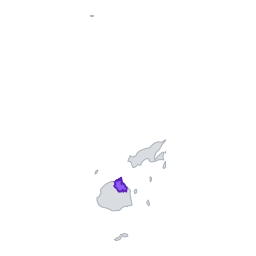 Ra, Western, Fiji shown in context
{"feature_id": "14151628B53541640625043", "entity_name": "Ra", "entity_type": "district", "adm_level": 2, "iso_a3": "FJI", "parent_name": "Fiji", "parent_adm1": "Western", "projection": "equal_earth", "projection_center": [178.211, -17.485], "detail": "fine", "context": "in_parent", "style": "filled", "palette": "violet", "viewbox_px": 256, "rotation_deg": 0, "n_neighbors": 0, "source": "geoboundaries", "source_scale": "gbopen_adm2", "svg_char_len": 5246}
<svg xmlns="http://www.w3.org/2000/svg" viewBox="0 0 256 256"><path d="M122.5,181.0L122.5,182.5L123.3,183.1L124.0,183.2L125.8,186.0L128.6,188.5L130.3,190.4L130.4,192.0L129.9,193.6L130.6,196.7L131.0,199.8L132.2,204.8L130.4,205.7L127.7,205.8L127.0,206.7L126.1,206.2L123.8,206.6L121.6,208.2L119.5,210.5L117.1,210.5L114.4,210.9L111.7,210.6L109.8,209.4L106.4,208.1L102.0,207.0L100.1,206.1L98.6,204.7L97.1,201.0L96.9,199.2L97.1,197.5L98.4,196.9L99.5,196.0L99.7,194.9L100.2,194.1L100.8,193.8L101.1,193.2L100.7,191.4L100.5,189.7L103.1,186.6L106.0,184.0L111.0,181.5L114.0,181.7L118.7,179.9L120.2,179.0L121.7,179.5L122.5,181.0ZM165.7,140.4L161.9,144.9L160.5,147.3L159.3,149.8L156.1,152.6L154.7,156.2L154.8,160.0L158.0,156.1L161.6,152.9L162.8,152.2L163.9,152.3L163.8,153.4L163.3,154.4L162.9,157.2L163.8,159.9L161.1,159.6L158.5,159.8L155.3,161.3L152.2,161.9L151.1,161.9L149.9,161.5L149.2,160.7L148.7,159.0L148.1,158.7L145.6,158.8L141.9,162.2L140.7,165.1L139.3,165.2L137.6,164.6L135.6,166.8L133.2,167.7L132.2,165.8L131.5,163.5L130.6,161.7L128.0,161.3L128.4,159.2L129.1,158.4L129.7,157.1L130.1,155.7L131.4,156.6L132.7,157.2L134.2,156.1L135.7,156.1L137.2,153.0L139.6,151.0L142.9,149.5L146.2,148.4L147.9,148.2L149.6,147.6L152.5,144.7L154.4,143.2L156.5,142.3L158.5,141.8L160.4,142.2L161.9,142.0L165.7,139.9L165.7,140.4ZM127.7,234.7L127.7,236.1L124.5,237.1L123.4,235.9L122.7,235.7L120.8,237.8L120.2,238.7L120.1,239.3L119.6,239.6L116.1,240.6L114.5,239.6L115.6,238.9L116.8,237.6L118.1,237.8L119.4,236.5L120.7,234.6L122.6,234.1L123.9,233.4L126.0,233.9L127.7,234.7ZM165.6,167.2L163.7,168.5L163.0,167.3L163.9,164.3L165.6,161.2L165.6,163.7L165.6,167.2ZM149.2,205.5L149.0,205.8L146.8,203.1L146.9,202.0L147.3,201.1L148.1,200.2L148.9,201.7L149.5,204.3L149.2,205.5ZM136.2,193.0L134.9,193.6L134.2,191.5L135.2,189.5L136.3,189.3L136.8,191.4L136.2,193.0ZM151.1,180.8L150.3,181.7L149.9,177.1L150.7,177.1L151.4,177.6L151.7,178.8L151.1,180.8ZM96.3,173.4L95.1,174.0L95.7,171.3L96.5,170.5L96.9,170.3L97.7,170.1L97.4,172.0L96.3,173.4ZM93.2,16.3L92.3,16.7L90.7,16.4L90.3,15.8L90.8,15.7L91.9,15.4L93.2,15.5L93.4,15.9L93.2,16.3ZM165.6,153.0L165.3,153.0L165.2,152.4L165.6,151.2L165.6,153.0Z" fill="#d9dde1" stroke="#a8b0b8" stroke-width="1"/><path d="M116.2,188.0L116.3,188.0L116.5,188.1L116.5,188.4L116.5,188.5L116.7,188.8L116.9,188.9L117.1,188.9L117.3,188.9L117.3,189.2L117.3,189.4L117.4,189.5L117.5,189.6L117.5,189.8L117.6,190.1L117.6,190.3L117.9,190.4L117.8,190.5L118.0,190.7L118.0,190.8L118.4,191.1L118.4,191.3L118.5,191.5L118.8,191.7L118.9,191.8L119.0,191.9L119.3,191.7L119.4,191.3L119.5,191.2L120.0,191.2L120.2,191.3L120.3,191.4L120.3,191.5L120.4,191.8L120.5,191.8L120.7,191.7L120.8,191.6L121.0,191.6L120.9,191.5L121.0,191.5L121.1,191.4L121.3,191.2L121.5,191.2L121.8,191.3L122.0,191.2L122.3,191.0L122.4,190.9L122.5,190.8L122.5,190.7L122.5,190.4L122.4,190.4L122.5,190.2L122.4,190.1L122.4,189.9L122.4,189.7L122.6,189.7L122.6,189.8L122.8,189.9L122.8,190.0L123.0,190.4L123.1,190.5L123.3,190.7L123.3,190.8L123.5,190.8L123.7,191.2L123.8,191.1L123.8,191.4L124.0,191.2L124.2,190.9L124.3,190.7L124.5,190.8L124.5,190.7L124.8,190.7L124.9,190.9L125.0,191.0L125.4,191.1L125.6,191.2L125.6,191.3L125.8,191.5L126.0,191.4L126.2,191.5L126.2,191.4L126.3,191.4L126.4,191.2L126.5,191.1L126.4,190.9L126.2,190.7L126.3,190.6L126.4,190.2L126.4,189.9L126.5,189.8L126.6,189.7L126.6,189.4L126.6,189.2L126.8,189.1L126.7,188.9L126.8,188.6L126.8,188.2L126.7,188.2L126.7,187.9L126.7,187.7L126.8,187.6L126.7,187.3L126.5,187.2L126.5,187.3L126.4,187.3L126.4,187.2L126.1,187.2L125.9,187.1L125.8,186.8L125.7,186.7L125.3,186.7L125.4,186.2L125.2,185.6L124.9,185.4L124.7,184.8L124.3,184.4L123.9,184.4L124.0,184.2L123.9,183.9L123.9,183.7L123.7,183.5L123.6,183.4L123.4,183.3L123.2,183.2L122.8,183.2L122.7,183.1L122.4,183.0L122.2,183.2L122.1,183.3L122.0,183.6L121.9,183.8L121.7,183.7L121.6,183.8L121.5,184.0L121.4,183.8L121.3,183.7L121.3,183.4L121.3,183.2L121.3,182.9L121.3,182.6L121.3,182.4L121.5,182.4L121.8,182.4L122.0,182.4L122.1,181.9L122.0,181.6L122.0,181.4L121.7,181.1L121.8,181.0L121.7,180.6L121.6,180.4L121.2,180.1L121.6,179.7L121.5,179.4L121.6,179.2L121.6,178.9L121.3,178.6L121.2,178.3L121.2,177.9L121.2,177.7L120.9,177.8L120.6,177.7L120.4,177.8L120.4,178.0L120.7,178.2L120.9,178.6L120.8,179.2L120.7,179.1L120.4,179.2L120.2,179.1L120.1,178.9L119.8,178.9L119.8,179.0L119.9,179.3L119.8,179.5L119.8,179.8L119.7,179.8L119.6,179.4L119.5,178.9L119.4,178.8L119.2,178.8L118.9,178.9L118.7,178.9L118.6,179.0L118.8,179.4L118.9,179.7L119.4,180.2L119.5,180.3L119.4,180.3L119.1,180.3L119.0,180.2L118.8,180.2L118.7,180.3L118.2,180.8L117.9,180.9L117.7,180.6L117.6,180.3L117.5,180.0L117.4,179.9L117.2,179.8L116.7,180.0L116.5,180.3L116.3,180.2L116.0,180.4L115.9,180.5L115.7,180.7L115.8,180.9L115.8,181.1L115.8,181.3L115.7,181.6L115.6,181.9L115.5,182.0L115.2,182.0L114.9,182.1L114.7,182.1L115.0,182.4L115.0,182.5L114.9,182.5L115.0,182.5L115.2,182.8L114.9,183.2L114.9,184.1L115.2,184.2L115.2,184.3L115.3,184.4L115.2,184.5L114.4,185.5L114.5,185.5L114.4,185.6L114.5,185.7L114.4,185.8L114.5,185.9L114.4,186.0L114.4,186.3L114.4,186.5L114.6,186.9L114.7,187.0L114.8,187.0L115.0,187.0L115.0,187.3L115.0,187.5L115.3,187.6L115.5,187.7L115.8,187.6L116.0,187.6L116.0,187.8L116.2,188.0Z" fill="#8b5cf6" stroke="#5b21b6" stroke-width="1.5"/></svg>